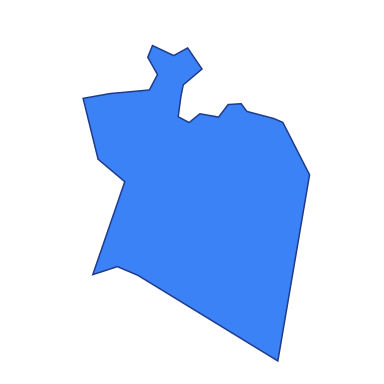 the border of Taguig, rotated 17°
{"feature_id": "PHL-5558", "entity_name": "Taguig", "entity_type": "Highly Urbanized City", "adm_level": 1, "iso_a3": "PHL", "parent_name": "Philippines", "parent_adm1": "", "projection": "albers", "projection_center": [121.075, 14.506], "detail": "fine", "context": "isolated", "style": "filled", "palette": "blue", "viewbox_px": 384, "rotation_deg": 17, "n_neighbors": 0, "source": "natural_earth", "source_scale": "10m", "svg_char_len": 491}
<svg xmlns="http://www.w3.org/2000/svg" viewBox="0 0 384 384"><g transform="rotate(17 192 192)"><path d="M299.4,141.2L323.5,328.5L164.5,287.5L142.4,285.2L121.3,300.0L124.7,201.8L92.6,188.1L60.5,134.3L84.9,121.8L121.4,106.9L124.7,89.8L110.3,76.1L111.4,63.5L134.6,66.9L145.7,55.5L165.6,71.5L152.3,92.1L153.4,103.5L156.8,124.1L168.9,126.4L176.7,114.9L195.5,112.6L201.0,97.8L213.2,93.2L220.9,98.9L248.6,97.8L258.5,98.9L299.4,141.2Z" fill="#3b82f6" stroke="#1e3a8a" stroke-width="1.5"/></g></svg>